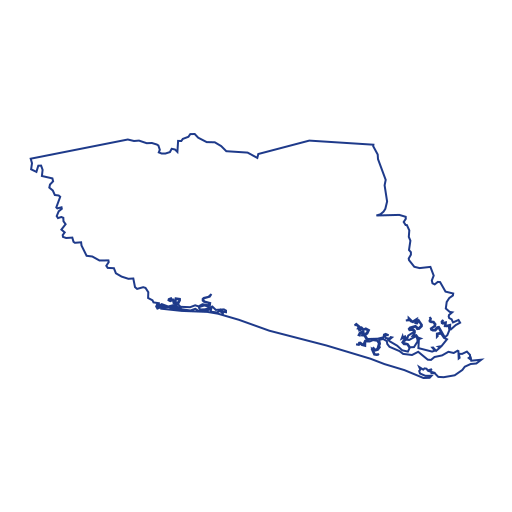 Alanje, Chiriquí, Panama (Albers equal-area conic projection)
{"feature_id": "35544464B2044400904902", "entity_name": "Alanje", "entity_type": "district", "adm_level": 2, "iso_a3": "PAN", "parent_name": "Panama", "parent_adm1": "Chiriquí", "projection": "albers", "projection_center": [-82.58, 8.37], "detail": "fine", "context": "isolated", "style": "outline", "palette": "blue", "viewbox_px": 512, "rotation_deg": 0, "n_neighbors": 0, "source": "geoboundaries", "source_scale": "gbopen_adm2", "svg_char_len": 6091}
<svg xmlns="http://www.w3.org/2000/svg" viewBox="0 0 512 512"><path d="M153.5,302.4L158.9,303.2L158.8,305.9L161.7,304.1L168.2,306.5L173.1,305.2L176.6,305.5L175.6,303.0L173.6,303.1L172.9,300.0L170.3,301.2L168.6,300.3L168.8,299.1L171.9,297.9L169.1,299.9L170.3,300.4L173.0,299.5L174.5,302.7L175.6,298.3L179.9,298.9L180.0,300.3L178.0,304.2L180.5,306.8L190.1,307.2L195.2,305.3L198.5,306.4L202.5,304.2L208.3,305.2L209.8,303.3L204.0,301.8L202.7,300.6L202.7,298.9L203.8,297.9L208.5,296.8L211.4,294.1L209.7,296.7L203.7,298.4L203.1,299.4L204.3,301.4L210.1,303.0L210.0,305.0L207.9,306.3L204.2,305.5L199.6,306.9L199.0,307.9L200.2,309.5L205.3,309.3L212.3,306.5L215.8,309.9L223.9,309.4L226.0,310.6L226.0,312.2L223.0,311.7L222.9,313.2L221.4,312.3L222.2,310.7L221.3,310.0L221.2,311.4L220.6,310.8L216.8,312.4L211.6,311.8L210.7,310.6L211.4,308.4L206.0,311.2L198.4,310.8L195.3,308.8L190.4,310.5L180.0,309.0L174.9,309.4L168.8,307.1L165.0,307.1L160.4,308.6L181.7,310.9L207.3,311.9L218.0,313.7L238.9,319.8L269.3,330.7L326.5,345.5L370.4,358.7L384.5,364.1L404.4,370.1L423.5,378.0L429.6,377.8L431.5,375.8L425.3,375.8L420.0,373.5L419.2,371.0L420.3,369.6L419.2,367.0L423.2,369.6L424.5,368.4L426.5,368.7L427.7,370.4L431.9,369.2L429.5,371.3L432.9,372.3L430.6,373.2L434.6,373.1L438.3,376.9L443.7,377.2L454.7,375.3L462.3,370.0L464.8,366.7L470.7,364.0L476.3,363.5L481.3,359.7L471.3,360.7L470.9,358.4L470.2,359.2L468.7,358.0L470.1,357.0L470.0,354.9L466.9,351.6L462.1,353.9L458.8,353.8L459.6,357.8L458.7,358.5L458.4,351.1L457.6,350.7L453.7,353.0L448.4,351.8L442.1,355.4L434.5,357.0L431.0,359.9L427.8,359.7L418.2,351.8L412.0,355.0L403.1,353.9L399.5,351.1L389.5,346.8L387.3,344.0L386.8,341.1L383.2,339.0L379.2,339.8L380.0,343.8L379.1,346.0L379.8,347.2L377.9,349.8L375.2,350.6L372.5,349.0L374.7,354.2L377.6,354.5L378.7,353.7L378.1,354.7L376.8,355.0L374.2,354.6L371.8,349.2L373.5,347.9L375.2,349.8L377.4,348.7L378.9,343.5L377.3,340.8L373.0,340.1L369.7,341.5L365.3,341.4L365.2,345.9L361.8,345.0L360.6,343.6L358.9,344.9L356.1,344.4L358.9,344.4L359.9,343.3L358.3,342.9L360.3,342.6L363.3,344.8L365.0,340.8L369.4,340.7L366.5,339.4L364.5,335.7L361.9,335.4L362.8,332.4L360.2,333.2L359.6,335.5L358.6,335.1L359.8,332.7L362.7,331.4L363.7,332.2L362.7,334.5L363.3,335.1L366.7,332.9L368.1,330.4L365.3,329.2L363.3,330.0L361.9,328.6L360.5,330.1L359.1,330.0L358.5,329.1L359.6,327.7L358.1,328.0L358.7,326.9L356.3,324.9L354.6,325.3L356.3,323.9L360.3,327.3L359.9,329.5L361.9,327.7L363.6,329.4L365.8,328.4L369.0,330.1L367.4,333.5L365.0,335.3L367.5,339.0L377.7,338.7L383.5,337.3L384.0,334.6L385.6,333.9L388.6,335.2L384.7,335.0L385.9,338.1L389.5,338.6L390.7,337.1L392.0,337.4L389.7,339.3L387.6,338.8L389.5,341.2L397.2,345.7L402.2,350.3L407.9,351.6L409.6,348.0L407.3,344.4L403.9,344.2L402.3,342.4L405.1,338.3L404.6,337.2L401.6,338.7L402.6,336.1L403.0,337.6L405.1,336.3L405.8,337.5L405.4,340.3L403.2,341.7L403.5,342.9L407.7,344.0L410.0,347.3L414.0,347.1L417.5,341.6L417.5,339.7L416.6,336.9L415.4,336.5L409.1,340.0L407.0,339.7L408.2,335.6L414.3,331.7L412.8,329.9L409.5,330.2L408.8,328.9L410.0,327.5L415.5,325.9L418.4,328.4L421.5,325.3L418.8,320.9L417.0,323.5L415.5,323.1L415.3,321.9L416.2,319.7L412.9,322.2L410.7,321.3L409.3,319.2L409.0,320.3L405.9,320.5L408.6,319.8L408.6,317.8L412.5,321.6L416.8,318.9L417.1,320.8L415.6,322.7L416.9,322.9L418.7,320.2L421.9,324.9L421.8,326.3L419.1,328.9L417.2,329.1L415.6,326.5L409.2,329.1L413.6,329.6L414.8,330.8L414.8,332.8L412.7,335.8L416.2,335.1L418.1,337.6L420.6,338.5L418.9,339.2L418.4,348.1L432.1,351.6L434.9,350.6L432.3,347.6L433.1,347.5L436.1,350.9L440.0,347.5L438.5,346.7L441.5,346.1L447.0,339.3L444.0,337.9L441.2,333.8L437.4,333.9L437.7,336.1L436.9,336.9L436.9,333.6L441.1,332.6L438.4,327.4L435.4,330.5L432.7,330.5L431.1,329.7L430.8,328.5L434.2,326.2L434.9,324.5L433.3,322.3L431.1,322.2L429.7,321.5L429.5,320.7L430.5,318.7L429.6,317.1L430.9,318.6L430.2,321.4L433.7,321.8L435.5,324.2L435.0,326.3L431.9,328.0L431.4,329.3L434.5,330.1L437.2,327.2L438.9,326.9L444.8,337.3L447.3,335.2L449.4,330.1L448.6,325.8L446.6,326.3L444.8,326.0L445.6,322.8L442.9,323.7L441.8,322.9L441.6,321.7L443.0,319.9L442.2,322.9L445.9,322.3L445.5,326.0L450.2,324.8L450.0,327.5L451.1,329.2L455.7,325.1L460.1,322.7L458.5,320.0L453.0,322.4L451.6,319.3L449.2,318.1L448.7,316.5L449.0,315.0L452.2,312.3L449.7,311.9L445.8,308.5L446.7,302.0L449.3,298.0L452.9,295.5L453.2,293.5L445.5,291.6L440.1,282.1L437.8,281.9L434.7,284.4L432.5,283.3L431.8,280.5L433.7,275.6L430.4,266.9L419.6,268.1L414.3,266.8L409.0,260.1L408.7,258.5L410.9,254.7L410.9,252.2L409.0,250.0L410.4,240.7L408.8,236.9L409.3,230.4L406.9,225.1L405.6,225.0L403.7,222.0L405.8,218.8L405.7,216.8L399.3,214.9L376.4,215.5L380.4,214.3L383.5,211.7L385.3,208.9L387.1,201.5L384.6,185.3L385.7,179.9L378.0,159.1L377.7,154.5L373.2,146.2L373.4,144.7L309.3,140.6L258.3,154.0L257.3,157.9L247.6,152.6L226.3,151.2L221.2,146.1L214.8,142.3L206.7,142.1L198.2,137.7L194.7,134.0L190.3,134.1L188.4,136.8L182.8,138.9L181.3,141.0L178.1,140.9L177.4,151.9L175.0,149.5L171.7,148.8L169.9,152.1L165.5,153.5L161.6,153.5L158.8,152.4L159.8,149.8L158.4,145.5L156.8,144.5L151.9,143.0L146.7,143.2L139.0,140.6L134.0,141.0L127.8,139.5L30.7,158.7L32.0,163.2L31.1,169.3L36.4,171.9L38.3,165.7L41.1,165.6L42.6,169.9L41.9,176.0L52.4,178.4L53.1,181.3L50.0,184.5L49.3,187.6L52.8,190.5L54.8,195.0L58.7,195.5L60.2,196.8L56.3,207.4L57.3,208.4L61.5,207.3L61.8,208.8L58.7,211.3L56.7,216.1L58.0,218.1L61.3,217.0L63.3,217.8L63.5,221.3L65.6,224.2L61.4,229.6L64.7,232.4L62.7,235.1L63.0,236.9L66.1,238.0L72.3,237.6L73.5,241.8L74.9,242.8L81.1,242.3L81.5,245.5L86.6,255.8L92.3,256.5L99.5,260.5L108.4,260.4L108.7,262.1L106.3,265.8L107.7,267.9L113.9,268.2L115.9,273.3L121.6,276.6L128.4,278.8L133.3,278.5L135.0,287.1L137.1,288.9L143.2,287.2L145.5,287.9L148.3,292.2L148.1,298.0L152.5,300.3L153.5,302.4ZM158.5,306.4L157.4,305.7L157.5,303.5L156.2,306.5L157.4,308.6L163.6,306.1L161.3,304.9L158.5,306.4ZM179.4,299.3L175.6,299.3L175.8,302.7L177.8,302.5L179.5,300.6L179.4,299.3ZM181.4,308.7L177.5,306.9L173.4,308.1L174.5,308.8L181.4,308.7ZM177.2,306.5L174.0,306.3L172.1,306.9L172.9,307.2L177.2,306.5Z" fill="none" stroke="#1e3a8a" stroke-width="2"/></svg>